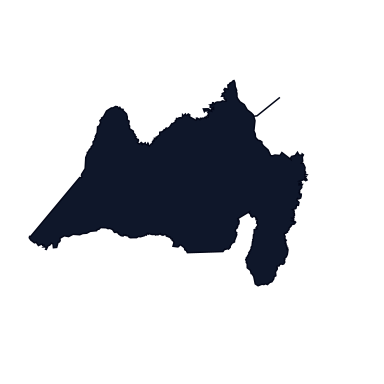 Mufumbwe, North-Western, Zambia, rotated 122°
{"feature_id": "96606910B54849868159577", "entity_name": "Mufumbwe", "entity_type": "district", "adm_level": 2, "iso_a3": "ZMB", "parent_name": "Zambia", "parent_adm1": "North-Western", "projection": "orthographic", "projection_center": [25.2, -13.766], "detail": "fine", "context": "isolated", "style": "filled", "palette": "ink", "viewbox_px": 384, "rotation_deg": 122, "n_neighbors": 0, "source": "geoboundaries", "source_scale": "gbopen_adm2", "svg_char_len": 6033}
<svg xmlns="http://www.w3.org/2000/svg" viewBox="0 0 384 384"><g transform="rotate(122 192 192)"><path d="M76.7,213.4L75.2,215.4L75.8,216.0L77.6,216.3L79.8,217.6L80.5,217.2L82.3,218.3L84.8,216.3L85.9,216.1L86.7,219.0L88.3,219.1L89.7,216.7L92.5,218.5L93.4,217.7L95.1,217.6L93.6,215.6L95.6,214.3L96.0,212.9L95.5,212.2L96.6,211.2L97.8,212.3L98.6,214.5L100.6,215.5L102.3,218.3L103.6,219.3L105.5,219.4L104.9,221.1L105.3,221.8L107.2,220.7L107.3,221.7L108.6,222.9L108.6,221.8L109.8,221.9L110.6,221.4L110.2,219.4L108.7,218.6L110.5,217.4L111.2,219.1L112.4,219.0L113.1,218.2L113.5,219.9L112.8,220.2L112.8,222.3L115.5,226.4L117.3,224.1L115.6,224.1L116.0,223.3L114.8,221.5L114.7,220.2L116.3,220.6L116.4,219.7L117.5,219.1L118.7,219.4L118.6,218.4L120.0,218.0L120.6,219.8L121.9,219.2L121.8,220.6L123.5,221.2L124.0,222.6L125.2,222.8L125.1,223.9L126.5,223.7L126.6,226.9L127.1,227.3L127.7,226.3L129.1,226.7L129.5,233.5L128.7,235.0L127.9,234.7L127.8,236.5L129.9,237.1L130.1,238.0L129.4,238.9L131.9,239.6L131.5,240.9L133.1,240.0L134.9,240.0L135.1,241.2L136.1,242.4L136.9,242.2L137.8,244.1L139.3,243.5L140.4,243.9L141.1,243.2L144.1,244.4L144.6,245.3L149.1,245.4L151.4,246.7L151.4,247.8L153.6,247.9L154.0,248.7L154.9,248.5L157.0,249.4L158.4,251.0L160.7,249.6L163.9,251.0L164.6,250.6L164.8,251.3L165.8,250.6L166.4,252.3L167.5,251.5L169.2,252.5L168.7,251.7L169.1,251.2L170.4,252.1L171.9,251.1L172.8,252.0L175.7,252.5L175.5,254.1L174.5,254.3L173.9,255.3L175.9,255.3L176.2,257.0L175.2,257.7L178.3,259.3L178.1,259.8L177.2,259.6L176.9,261.3L179.3,261.9L179.1,264.5L177.0,264.5L176.0,265.3L176.6,266.2L176.0,267.2L176.4,268.5L174.8,268.8L175.1,269.6L173.5,270.8L173.2,272.7L171.5,274.0L171.4,278.6L169.1,279.9L168.5,281.4L165.2,282.9L165.2,285.2L162.7,286.6L160.5,289.0L159.4,294.0L158.5,294.2L159.4,296.3L158.5,298.0L160.1,298.1L159.2,300.4L160.0,302.2L162.5,303.5L163.5,305.0L168.6,307.4L175.2,306.9L177.0,307.8L177.3,307.3L180.3,307.9L181.6,306.2L184.8,305.7L186.8,306.6L192.0,303.8L196.2,303.4L196.5,302.5L198.3,302.7L199.7,302.0L201.9,302.5L204.1,300.8L207.4,301.4L208.5,300.6L210.0,301.5L213.0,301.2L213.9,301.8L214.6,301.1L219.0,300.4L228.8,295.0L235.3,295.0L236.5,294.6L237.2,293.4L238.4,293.3L239.2,294.9L315.2,305.3L315.7,306.2L317.1,305.7L318.2,303.2L318.6,298.7L317.2,297.4L318.8,293.9L316.5,292.4L315.6,291.2L316.4,290.4L315.3,289.6L316.5,288.4L317.2,288.7L316.1,286.9L317.0,285.8L318.1,285.8L317.9,285.1L314.0,285.6L312.4,284.5L309.9,284.2L309.7,282.3L312.7,280.0L310.7,277.4L305.7,278.9L304.6,278.0L303.2,278.0L301.3,279.5L296.8,277.1L295.2,273.0L290.9,270.5L287.7,264.5L285.1,262.7L282.7,259.4L279.2,257.4L275.4,252.4L274.0,252.4L272.7,251.1L270.6,250.7L267.8,245.8L267.6,243.8L266.4,242.5L265.9,239.5L267.2,236.7L267.2,236.0L265.7,234.6L266.1,233.8L265.6,233.4L266.5,231.8L266.6,229.0L265.8,227.1L264.3,227.1L264.4,226.3L263.3,225.6L263.9,225.1L263.0,222.4L263.7,221.4L263.5,220.2L260.1,214.8L258.0,213.8L257.4,212.1L254.2,209.2L252.8,208.8L252.7,207.9L250.8,208.1L250.4,207.4L250.9,206.7L250.1,206.3L249.2,203.3L247.6,201.1L247.8,200.2L246.4,198.9L246.4,198.2L244.0,196.7L244.5,196.1L244.4,194.7L243.7,194.3L244.0,193.7L242.2,192.4L242.0,191.4L242.9,190.5L242.8,189.5L242.3,189.4L242.4,187.5L241.8,187.1L242.8,184.7L242.3,183.9L243.5,183.1L243.4,181.7L244.6,180.4L248.1,179.4L246.0,174.8L243.1,174.0L242.8,173.4L243.3,168.9L244.8,167.4L244.7,165.7L245.9,163.8L226.1,134.2L223.2,134.0L222.8,133.0L221.5,132.3L221.1,130.8L218.6,130.3L217.4,131.0L214.1,130.9L211.8,129.5L210.7,130.2L204.5,131.4L204.4,132.2L202.9,132.4L202.6,134.2L201.4,135.0L199.9,135.3L198.3,134.6L197.7,135.5L196.6,135.1L195.9,135.7L194.2,135.3L191.8,136.6L191.3,137.2L191.7,137.7L191.0,137.8L190.4,139.1L178.2,132.9L179.5,132.4L179.9,130.2L181.1,129.5L180.7,128.8L181.4,128.1L181.2,127.3L180.1,127.1L179.5,125.9L179.9,124.2L181.2,123.2L180.5,122.8L180.7,122.1L183.0,121.2L182.9,120.6L184.1,120.6L184.0,120.0L185.3,118.5L188.3,118.7L188.7,117.4L191.0,119.3L194.5,117.1L195.7,117.2L199.1,115.2L200.3,115.2L201.4,114.1L202.1,114.4L206.0,112.4L207.5,112.6L208.0,111.9L210.6,111.5L213.5,111.6L213.6,110.9L216.8,110.9L217.2,110.3L218.4,111.0L219.3,111.0L220.0,110.2L220.8,110.6L222.6,108.4L223.1,108.5L223.5,107.2L227.0,105.0L227.5,100.9L229.8,98.6L229.6,97.5L231.0,94.8L236.4,89.7L236.5,86.3L233.1,83.8L232.4,82.0L230.9,81.0L230.5,78.9L227.6,78.2L225.8,76.7L222.6,76.6L220.3,77.5L218.6,76.5L215.5,78.9L212.4,78.8L211.1,79.5L211.0,80.2L209.5,80.5L208.6,79.0L206.9,79.2L205.8,78.4L205.3,76.8L204.3,76.1L202.2,76.2L201.4,77.3L200.1,77.5L199.8,78.4L197.0,77.7L194.4,78.1L190.1,80.0L189.4,80.8L189.8,81.0L188.9,81.3L189.3,82.0L187.6,82.9L187.7,83.9L186.4,84.5L186.2,85.7L185.6,85.4L184.7,86.5L183.2,86.5L183.5,87.3L182.7,87.4L182.3,88.8L180.5,89.4L178.9,91.6L177.9,91.5L177.2,90.5L176.3,90.6L175.5,89.8L174.9,90.3L172.4,89.9L171.2,90.6L168.2,89.9L167.3,90.5L164.8,88.2L162.7,88.1L162.5,89.0L163.2,89.6L163.5,91.7L162.5,90.6L161.1,91.4L161.1,93.3L159.6,92.0L158.6,93.0L157.5,92.7L155.9,93.9L155.9,94.9L154.8,94.8L153.9,95.5L153.7,97.4L150.9,95.2L147.6,96.3L146.9,94.7L144.1,95.8L143.5,98.4L142.4,99.1L141.4,99.0L141.4,97.9L139.6,96.7L137.8,97.2L137.6,97.8L137.2,97.5L135.9,98.2L136.7,99.6L135.8,100.1L135.9,100.8L134.2,101.1L133.7,101.8L130.1,101.3L128.6,102.4L127.2,102.4L129.3,105.1L128.0,105.7L127.8,104.6L126.4,104.0L125.3,105.4L125.7,106.5L122.1,103.6L122.2,101.6L120.8,100.8L120.2,102.1L121.2,103.4L118.6,103.4L119.6,104.1L117.8,105.3L116.5,104.2L116.9,106.0L115.0,106.2L114.4,107.7L111.3,109.1L108.9,112.8L109.7,114.6L107.1,114.5L103.9,117.0L101.5,117.2L101.3,118.8L102.8,118.3L103.9,121.1L102.4,123.6L106.4,123.8L109.1,126.4L111.2,126.3L112.0,125.4L110.9,136.7L114.4,136.7L116.7,141.3L118.6,142.8L119.5,144.6L116.0,149.8L115.0,156.0L114.0,158.3L112.5,159.2L112.4,161.3L113.1,163.6L112.0,167.1L109.2,169.2L107.4,171.9L98.1,176.4L95.1,179.8L92.9,177.2L65.2,167.6L92.9,177.2L95.1,179.8L94.2,180.9L93.5,183.7L93.1,188.7L90.2,194.0L90.1,199.1L88.6,202.7L87.6,204.2L84.3,206.3L83.8,207.4L82.1,208.0L79.7,211.2L76.7,213.4Z" fill="#0f172a" stroke="#020617" stroke-width="1.5"/></g></svg>